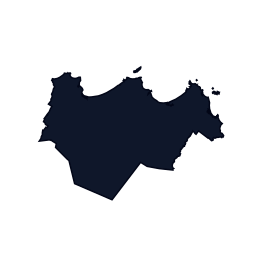 outline of Dorset, Tasmania, Australia, rotated 26°
{"feature_id": "25037944B7753328322432", "entity_name": "Dorset", "entity_type": "district", "adm_level": 2, "iso_a3": "AUS", "parent_name": "Australia", "parent_adm1": "Tasmania", "projection": "albers", "projection_center": [147.795, -41.048], "detail": "fine", "context": "isolated", "style": "filled", "palette": "ink", "viewbox_px": 256, "rotation_deg": 26, "n_neighbors": 0, "source": "geoboundaries", "source_scale": "gbopen_adm2", "svg_char_len": 5723}
<svg xmlns="http://www.w3.org/2000/svg" viewBox="0 0 256 256"><g transform="rotate(26 128 128)"><path d="M216.5,95.5L216.7,94.6L217.5,94.3L217.2,92.8L214.9,91.6L214.1,91.9L213.0,91.4L212.3,90.6L212.0,89.6L211.3,89.2L210.5,87.7L210.1,84.7L210.8,82.7L208.6,82.2L206.4,81.0L204.3,79.1L203.9,78.2L203.9,77.7L203.2,76.9L202.8,76.8L202.8,77.6L202.4,78.0L203.0,78.9L202.9,80.0L202.5,80.7L202.1,80.9L199.5,80.4L199.1,80.6L199.2,81.0L199.6,81.1L199.9,81.2L200.0,81.2L199.8,81.2L199.2,81.0L199.1,80.6L196.3,79.7L195.1,78.6L194.8,78.7L194.6,79.5L194.3,79.4L194.5,80.2L194.2,79.5L192.3,78.9L192.5,78.4L192.0,78.4L191.9,78.1L192.3,77.2L191.4,76.7L192.9,76.7L192.0,76.0L192.6,75.9L192.6,75.3L193.6,76.4L193.6,77.9L194.6,77.3L195.7,78.9L198.1,79.9L200.7,80.2L201.8,79.9L202.7,78.9L202.6,78.7L202.3,79.2L201.1,79.8L199.1,79.9L196.0,78.3L192.9,75.0L191.1,72.0L190.2,69.5L186.5,65.2L185.6,65.9L182.9,65.8L180.4,64.7L179.5,63.7L179.4,64.5L180.6,65.2L180.4,65.3L180.2,66.1L181.4,66.4L180.6,66.4L179.8,66.1L178.7,64.3L179.6,63.5L178.8,62.7L178.7,61.3L178.3,61.0L177.6,61.7L176.4,61.8L175.2,60.0L174.5,59.9L174.3,59.6L173.6,59.8L171.1,59.4L170.8,59.1L170.9,58.7L170.0,59.2L169.0,58.5L168.9,58.2L168.8,58.8L168.2,59.4L166.4,60.1L164.7,60.1L164.6,59.7L164.2,59.9L164.1,59.4L163.7,59.3L163.4,58.7L163.0,58.5L162.9,59.2L163.3,59.8L162.9,60.0L163.5,60.8L163.5,61.5L164.4,61.7L164.8,61.2L165.4,61.5L165.6,61.9L166.2,62.0L166.4,63.0L165.7,63.5L166.0,63.5L166.2,64.2L165.2,66.8L164.8,67.1L164.6,66.7L163.6,66.7L164.1,67.5L163.7,68.1L164.1,68.7L163.8,68.9L164.0,69.3L163.9,69.5L164.4,70.1L161.8,75.5L158.3,81.2L154.1,86.2L154.2,87.0L153.6,88.0L153.7,89.4L154.1,89.7L154.9,89.1L155.7,88.9L156.8,89.2L157.4,87.5L158.2,87.5L158.1,87.3L158.4,87.4L158.1,87.9L157.4,87.6L157.3,87.9L157.7,87.9L157.3,88.0L157.0,89.4L155.0,89.2L154.1,90.1L152.7,89.7L151.9,90.5L153.0,88.4L152.7,87.8L153.3,87.8L153.3,87.2L149.0,90.0L145.4,91.4L143.1,91.4L142.1,90.9L139.0,90.6L136.1,89.8L135.4,89.3L134.8,88.4L132.1,86.5L131.4,87.2L131.5,87.4L131.3,87.9L131.6,88.4L131.3,89.0L131.1,87.9L131.4,87.4L131.1,87.2L131.3,86.8L132.1,86.5L132.2,86.1L132.5,86.3L132.3,84.9L129.2,84.7L129.1,85.1L126.2,86.0L123.7,85.5L121.5,83.2L121.3,82.1L120.6,81.3L120.9,80.8L117.4,78.2L117.8,76.9L117.5,76.7L116.1,77.6L114.4,79.6L113.5,79.7L113.2,80.5L110.3,82.1L108.2,82.7L106.3,82.6L104.9,83.0L104.9,83.4L105.5,83.6L105.3,84.3L105.6,84.6L104.9,85.2L104.9,86.0L104.6,86.4L103.0,86.2L103.2,86.8L103.0,87.2L103.7,87.2L104.2,88.0L103.8,88.1L101.6,92.3L102.9,92.8L101.8,92.7L100.4,94.1L98.1,98.5L93.3,105.7L90.3,109.2L87.4,112.1L81.9,115.9L79.2,117.4L74.3,118.3L71.7,117.4L73.0,118.1L73.1,118.9L75.3,119.3L75.8,119.0L76.5,119.7L76.9,119.4L77.3,119.5L77.1,119.0L77.2,118.9L77.4,118.9L78.0,119.3L77.7,118.7L78.1,119.1L78.0,119.4L77.2,118.9L77.3,119.6L76.9,119.5L76.5,119.8L76.1,119.8L75.8,119.2L75.4,119.7L74.4,119.6L74.2,119.8L74.3,119.5L72.9,119.4L72.6,118.8L72.0,118.6L71.6,117.8L71.7,117.0L70.9,116.4L70.6,115.6L70.8,113.6L69.5,112.4L66.7,111.4L64.8,111.7L64.9,112.6L65.8,113.0L64.7,112.8L64.6,111.6L65.2,111.6L65.3,111.2L65.5,111.5L65.5,111.3L64.2,108.1L64.6,106.2L62.9,103.3L61.7,103.8L60.4,105.4L58.7,106.7L56.1,107.4L54.1,107.1L52.8,106.1L52.2,105.0L52.6,104.4L52.2,103.9L51.8,103.9L50.5,105.0L49.8,104.8L49.8,105.2L48.7,106.0L46.8,106.6L46.9,107.4L46.2,109.2L44.4,112.4L42.7,114.5L40.3,116.3L38.5,116.8L38.5,117.0L39.1,116.7L39.5,116.9L39.3,116.9L39.3,117.4L38.7,118.0L38.7,118.8L39.6,118.8L40.2,119.8L41.2,120.2L42.1,121.9L43.8,122.8L43.9,123.8L44.2,124.0L44.3,124.4L44.0,124.5L43.8,125.2L44.2,127.2L44.5,127.7L44.5,130.8L44.6,131.3L45.9,132.4L46.3,134.6L46.1,135.8L46.9,137.3L46.0,141.4L50.2,141.9L49.9,144.3L50.1,148.0L49.4,151.2L50.1,151.3L50.0,152.0L49.3,151.9L48.6,156.1L49.1,156.0L49.3,159.4L50.8,159.6L51.7,160.4L52.4,160.6L52.4,161.0L55.3,161.2L55.0,163.3L53.9,163.2L53.0,167.6L52.4,167.5L53.2,170.2L53.9,171.1L53.9,173.9L54.4,175.5L54.0,178.7L62.7,173.0L63.4,173.1L63.5,172.8L64.8,172.5L65.4,172.9L70.4,173.4L71.4,177.2L87.6,182.8L89.1,183.0L104.4,201.4L145.1,199.5L154.4,153.3L162.0,154.1L173.8,150.8L186.8,146.1L186.3,145.4L186.8,144.4L186.3,144.4L184.7,143.3L184.6,142.8L183.9,141.8L183.9,140.4L183.5,140.1L184.5,138.0L183.4,136.0L184.9,133.1L184.7,132.8L184.9,132.7L185.0,131.7L185.9,131.2L186.8,130.1L186.5,129.4L186.5,128.2L186.0,128.2L185.3,127.3L185.4,126.1L184.6,124.2L185.0,124.1L185.0,123.6L185.3,123.5L185.5,121.9L185.8,121.5L185.5,119.9L186.1,120.1L186.7,119.7L186.3,119.0L186.4,118.1L186.7,117.9L186.5,117.2L186.6,116.9L186.3,116.3L185.7,116.1L185.5,115.6L186.6,114.1L186.6,112.9L186.2,112.6L186.1,112.0L186.3,111.5L186.3,110.3L186.9,109.6L186.7,108.5L187.5,107.9L187.3,106.8L187.5,106.4L186.9,106.0L187.5,105.3L187.5,103.7L188.0,102.8L187.8,102.4L189.7,102.8L190.5,103.5L191.9,103.8L192.7,99.7L204.3,102.0L204.4,101.4L208.6,102.8L209.7,101.8L209.5,100.7L209.0,100.3L209.0,99.5L209.3,98.9L210.5,99.1L211.4,98.3L211.6,97.5L213.0,97.0L215.4,95.1L216.0,95.6L216.5,95.5ZM112.7,67.6L111.0,70.4L111.1,70.9L110.3,71.4L110.2,72.8L108.4,74.2L108.7,74.7L108.6,75.1L109.1,75.4L110.2,74.8L110.9,73.8L111.5,73.7L113.2,69.5L113.0,68.0L112.7,67.6ZM188.3,58.8L188.9,59.7L189.2,59.7L189.2,59.3L190.2,58.6L190.9,58.8L191.3,59.4L192.3,58.7L192.9,58.8L192.8,58.2L193.1,58.3L192.9,57.8L193.2,57.5L194.1,57.7L194.7,57.5L194.4,57.2L194.7,56.8L194.5,55.9L194.0,56.2L193.4,55.9L193.0,56.3L192.3,56.1L192.4,56.9L191.5,57.5L190.6,57.6L190.2,57.2L189.0,57.5L188.3,58.8ZM187.3,55.1L186.7,54.8L186.5,55.5L187.1,55.7L187.3,55.1ZM168.4,55.0L168.8,55.3L169.1,54.8L168.5,54.6L168.4,55.0ZM132.5,84.8L133.0,84.7L132.7,84.3L132.5,84.8ZM132.7,86.6L133.7,87.4L134.1,87.7L133.8,87.3L132.7,86.6ZM136.5,89.7L136.0,89.6L135.6,89.4L136.2,89.7L136.5,89.7Z" fill="#0f172a" stroke="#020617" stroke-width="1.5"/></g></svg>